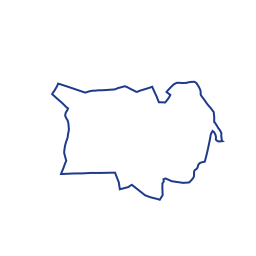 outline of Al-Hashimiya, Babil, Iraq, rotated 218°
{"feature_id": "34846034B94541768038664", "entity_name": "Al-Hashimiya", "entity_type": "district", "adm_level": 2, "iso_a3": "IRQ", "parent_name": "Iraq", "parent_adm1": "Babil", "projection": "albers", "projection_center": [44.815, 32.38], "detail": "fine", "context": "isolated", "style": "outline", "palette": "blue", "viewbox_px": 256, "rotation_deg": 218, "n_neighbors": 0, "source": "geoboundaries", "source_scale": "gbopen_adm2", "svg_char_len": 2433}
<svg xmlns="http://www.w3.org/2000/svg" viewBox="0 0 256 256"><g transform="rotate(218 128 128)"><path d="M210.4,119.9L209.9,118.3L209.5,116.2L208.9,111.8L208.9,109.5L208.6,108.0L201.7,107.5L195.6,107.2L191.3,106.7L190.0,106.5L187.3,106.5L186.8,104.7L186.7,103.0L186.3,101.2L185.1,99.0L182.7,97.7L180.2,96.8L178.2,95.3L176.3,93.3L173.7,90.5L172.5,88.3L171.4,86.1L169.7,83.3L168.4,79.4L167.1,76.1L165.4,72.9L164.0,70.5L162.9,69.0L160.7,67.3L158.5,65.7L157.6,65.0L156.5,64.2L155.6,60.8L154.1,56.3L152.9,51.8L152.4,50.5L151.8,51.0L142.6,58.9L136.3,63.9L130.1,69.3L122.2,75.5L114.0,82.2L110.7,84.8L101.8,79.5L96.7,74.7L91.2,81.9L91.0,83.2L90.0,85.6L73.1,85.5L67.5,87.3L60.8,90.3L58.8,91.0L59.4,96.5L64.1,102.0L65.8,104.3L66.7,105.5L66.9,107.9L67.1,108.1L68.5,109.5L67.3,111.4L61.0,112.9L57.4,114.9L52.9,117.5L50.9,118.6L47.3,121.8L46.2,122.9L46.1,124.6L45.9,126.3L45.8,128.8L46.4,130.8L49.1,134.3L49.4,135.9L48.8,138.0L48.8,139.4L50.0,142.5L49.8,144.7L48.7,146.4L46.8,148.8L49.2,154.4L52.3,161.1L55.6,167.8L58.3,173.0L59.0,174.4L59.5,177.7L57.5,177.7L54.6,176.3L53.1,175.0L51.6,172.9L49.7,172.8L48.1,173.3L45.6,175.7L45.8,175.7L47.8,177.3L49.8,179.4L51.3,181.5L52.4,182.0L53.4,182.5L55.4,183.2L56.6,183.4L58.3,184.1L59.8,184.7L61.3,185.2L62.7,185.7L63.8,185.8L65.0,187.4L66.8,189.7L69.0,192.0L69.8,192.8L70.4,193.4L72.6,193.9L74.4,194.5L75.9,194.8L77.1,195.0L78.2,195.2L80.7,195.8L83.0,196.5L85.5,197.3L87.1,197.7L89.6,198.4L90.7,198.7L91.4,199.2L93.0,201.2L94.2,202.3L95.3,202.9L97.2,203.9L99.3,204.7L100.1,204.9L100.5,205.0L101.2,205.4L102.3,205.5L103.7,205.4L104.5,205.1L105.1,204.4L106.5,203.3L107.9,201.9L109.1,200.5L109.7,199.5L111.5,198.1L112.5,197.1L115.3,195.3L117.6,193.4L118.1,192.1L118.7,190.9L119.1,188.8L119.4,186.3L119.7,183.1L119.8,181.6L119.8,180.1L118.5,180.1L117.4,180.1L116.0,180.1L115.0,180.1L114.5,177.4L114.4,175.2L114.4,173.5L114.4,172.3L114.5,170.9L115.1,170.5L116.0,169.9L117.8,168.6L119.5,167.3L121.6,168.5L124.6,170.3L129.7,172.9L132.9,174.6L134.3,175.4L136.6,171.8L140.0,167.0L141.8,164.4L143.1,162.0L144.1,161.5L146.5,161.1L149.3,160.5L153.8,159.7L155.4,159.2L156.3,158.9L158.0,156.5L160.6,153.1L161.8,150.8L163.5,149.0L165.4,147.4L167.8,145.2L170.6,142.7L173.0,140.7L175.0,139.1L176.6,137.4L178.3,136.1L179.2,135.2L180.9,133.3L182.3,131.3L183.4,129.6L186.2,128.6L194.2,125.8L199.1,124.1L201.9,123.1L202.9,122.7L207.7,121.0L209.3,120.4L210.4,119.9Z" fill="none" stroke="#1e3a8a" stroke-width="2"/></g></svg>